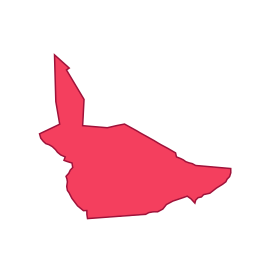 the district of Januário Cicco, Rio Grande do Norte, Brazil, rotated 73°
{"feature_id": "56859067B41568105980397", "entity_name": "Januário Cicco", "entity_type": "district", "adm_level": 2, "iso_a3": "BRA", "parent_name": "Brazil", "parent_adm1": "Rio Grande do Norte", "projection": "robinson", "projection_center": [-35.596, -6.134], "detail": "fine", "context": "isolated", "style": "filled", "palette": "rose", "viewbox_px": 256, "rotation_deg": 73, "n_neighbors": 0, "source": "geoboundaries", "source_scale": "gbopen_adm2", "svg_char_len": 1075}
<svg xmlns="http://www.w3.org/2000/svg" viewBox="0 0 256 256"><g transform="rotate(73 128 128)"><path d="M183.6,74.3L180.9,76.9L179.1,79.9L177.1,82.6L174.7,84.4L172.6,86.6L169.8,90.1L165.7,89.8L159.0,96.0L153.6,101.4L151.0,103.8L147.4,107.0L136.2,117.8L133.4,120.3L123.2,130.2L122.4,137.9L121.7,147.7L115.8,162.5L112.5,170.7L104.9,167.9L87.8,161.7L54.5,169.9L53.5,166.7L36.6,176.9L81.6,189.3L104.4,192.2L107.7,214.3L112.2,214.4L116.0,212.9L118.9,211.2L120.9,208.4L123.7,205.8L127.6,203.6L130.6,202.5L134.1,200.2L137.3,196.5L140.2,198.7L141.9,196.5L145.1,191.8L149.6,192.4L151.4,195.5L154.0,197.9L156.1,201.4L158.9,201.3L161.8,201.7L166.0,203.7L170.0,204.2L172.7,203.3L178.9,202.2L187.7,199.0L194.0,194.8L194.9,191.5L198.7,192.6L202.8,193.2L215.7,136.3L215.0,132.8L215.5,128.5L216.8,124.1L215.7,118.4L212.4,113.6L211.0,106.4L210.7,95.6L210.5,91.3L214.1,88.5L219.4,86.0L216.7,84.3L215.1,81.3L215.4,77.9L213.8,75.2L214.3,68.8L211.3,61.0L209.4,53.8L208.0,50.1L206.0,48.3L204.2,45.1L200.9,42.8L196.8,41.6L183.6,74.3Z" fill="#f43f5e" stroke="#9f1239" stroke-width="1.5"/></g></svg>